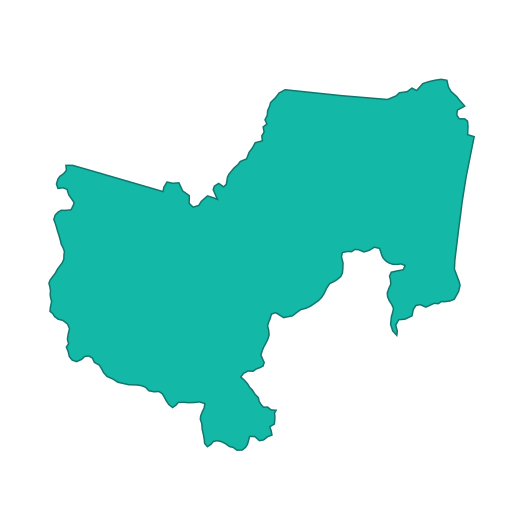 the district of Mantena, Minas Gerais, Brazil, rotated 276°
{"feature_id": "56859067B95607372765312", "entity_name": "Mantena", "entity_type": "district", "adm_level": 2, "iso_a3": "BRA", "parent_name": "Brazil", "parent_adm1": "Minas Gerais", "projection": "robinson", "projection_center": [-41.115, -18.682], "detail": "fine", "context": "isolated", "style": "filled", "palette": "teal", "viewbox_px": 512, "rotation_deg": 276, "n_neighbors": 0, "source": "geoboundaries", "source_scale": "gbopen_adm2", "svg_char_len": 3782}
<svg xmlns="http://www.w3.org/2000/svg" viewBox="0 0 512 512"><g transform="rotate(276 256 256)"><path d="M131.5,257.1L134.1,253.5L138.0,255.9L140.8,260.1L141.1,265.2L143.8,268.2L145.4,271.6L147.3,274.5L150.9,275.3L154.3,273.3L158.0,271.2L162.6,272.1L166.0,273.1L169.8,274.7L174.0,276.3L178.7,277.3L183.7,276.3L187.8,274.8L191.5,275.5L195.2,276.6L199.8,277.4L201.7,281.4L199.8,285.5L197.6,289.9L198.9,294.0L200.3,298.5L203.8,302.1L207.3,306.0L209.3,311.2L211.8,315.4L214.9,319.1L218.4,323.0L221.9,325.7L226.1,327.8L231.4,329.6L236.3,332.2L238.6,336.0L241.0,339.1L244.5,342.5L248.0,343.7L252.3,343.7L258.1,343.3L264.0,341.1L268.5,341.5L270.1,346.7L270.3,350.6L272.8,353.6L273.0,357.4L271.3,362.9L273.5,368.1L277.1,372.8L276.5,378.0L273.3,379.6L270.1,380.9L267.2,382.7L264.6,385.7L263.0,388.9L262.0,393.2L262.4,397.4L263.3,401.1L262.1,405.3L257.7,403.8L255.6,396.8L254.0,392.2L250.0,390.9L246.4,392.2L242.1,393.0L237.7,391.5L232.9,390.4L229.1,391.2L225.5,393.2L222.1,396.0L218.2,398.2L214.0,397.8L209.9,397.0L206.6,397.0L202.1,397.0L195.8,399.8L191.8,404.3L195.9,404.4L201.9,402.2L207.5,404.6L208.8,410.9L212.8,417.4L219.2,418.0L223.6,420.3L224.8,424.4L222.9,430.3L227.5,438.0L227.7,442.4L230.0,445.0L230.4,448.9L231.5,453.5L233.7,457.7L241.9,461.2L248.2,462.0L251.5,460.8L263.6,454.7L272.9,454.2L278.7,454.3L302.4,454.7L320.8,455.2L328.9,455.3L335.8,455.6L356.6,456.7L397.5,460.5L398.8,453.8L406.8,453.3L412.2,452.3L414.2,449.3L413.7,443.8L417.2,440.9L422.1,441.0L426.9,447.9L432.7,441.6L435.4,439.1L440.1,432.7L444.2,429.7L450.7,427.5L451.1,421.8L449.6,415.9L447.5,409.7L444.9,403.9L437.3,398.4L439.3,393.6L435.2,389.1L433.3,381.5L430.0,378.8L425.4,370.4L424.4,324.3L424.4,267.6L420.5,261.9L415.5,258.9L410.2,254.5L406.5,253.9L401.9,252.4L397.2,252.5L392.3,250.7L388.4,253.1L385.1,249.6L380.1,251.1L376.1,249.2L371.2,250.3L368.6,243.4L363.4,241.3L358.4,238.3L351.6,236.5L348.4,230.5L344.9,228.4L341.4,225.1L334.7,220.6L331.4,219.4L324.2,219.0L321.4,216.6L324.3,211.3L321.1,207.3L317.5,206.5L308.3,211.7L309.4,207.8L310.7,201.5L304.5,195.8L300.3,193.8L298.0,188.3L301.4,184.0L309.0,183.4L313.1,176.2L320.7,171.7L319.6,165.4L320.3,159.8L314.8,157.2L310.3,156.8L311.9,148.3L323.5,84.0L327.0,64.1L326.3,57.5L321.4,58.5L317.7,56.0L314.8,52.7L311.9,51.0L306.7,50.0L302.5,52.0L303.7,56.9L302.5,61.1L297.2,63.4L293.3,66.8L290.0,69.6L286.8,68.8L282.6,67.2L281.5,62.1L281.1,57.5L278.9,54.5L275.7,52.0L271.2,51.1L267.7,52.9L263.7,54.6L260.1,56.0L255.4,58.1L250.8,59.9L247.3,61.1L244.2,63.2L240.5,65.0L237.0,64.9L232.8,65.2L229.2,64.1L225.3,61.8L222.1,59.9L217.7,58.1L213.8,55.7L210.6,53.8L207.3,52.9L203.5,54.3L199.9,55.3L196.1,55.3L193.0,56.1L189.3,57.5L184.0,56.9L179.4,56.9L177.5,59.9L174.7,62.1L172.4,65.9L171.8,70.6L168.7,75.7L164.2,78.1L159.6,77.5L153.6,77.1L149.1,78.8L145.6,76.9L141.3,79.2L136.4,80.9L133.3,84.0L132.2,88.6L134.8,93.2L138.2,96.2L139.1,100.1L137.3,104.1L133.3,106.4L131.1,111.6L126.9,114.8L124.0,116.7L120.6,120.5L118.7,126.5L116.0,131.8L115.3,137.7L114.7,142.7L115.0,147.0L115.3,151.4L115.1,155.4L114.0,159.8L110.8,163.5L110.3,168.9L111.1,173.5L109.4,177.0L106.4,179.4L103.0,181.6L99.1,184.9L96.6,188.9L99.4,192.1L102.2,193.9L102.9,198.6L103.1,204.6L103.9,210.3L105.0,214.9L103.9,220.6L99.4,220.3L95.5,218.9L91.2,217.7L87.8,217.7L83.6,219.6L78.0,220.6L73.4,222.2L68.5,223.6L64.1,224.6L61.3,227.6L63.9,230.9L67.1,232.9L68.2,236.4L67.8,240.9L66.2,245.2L63.7,249.6L63.3,253.3L60.9,257.3L61.6,262.6L64.6,265.6L67.6,267.1L71.0,267.8L75.9,268.5L76.3,273.8L72.7,278.7L73.9,282.8L77.6,286.6L79.6,290.6L83.6,289.4L87.6,287.6L90.8,291.8L94.1,291.8L98.2,291.6L101.7,290.8L104.7,292.1L104.5,287.0L107.0,283.3L106.4,279.2L109.1,276.3L111.8,274.3L115.4,273.1L118.5,269.3L122.5,266.2L124.7,263.4L128.2,260.8L131.5,257.1Z" fill="#14b8a6" stroke="#0f766e" stroke-width="1.5"/></g></svg>